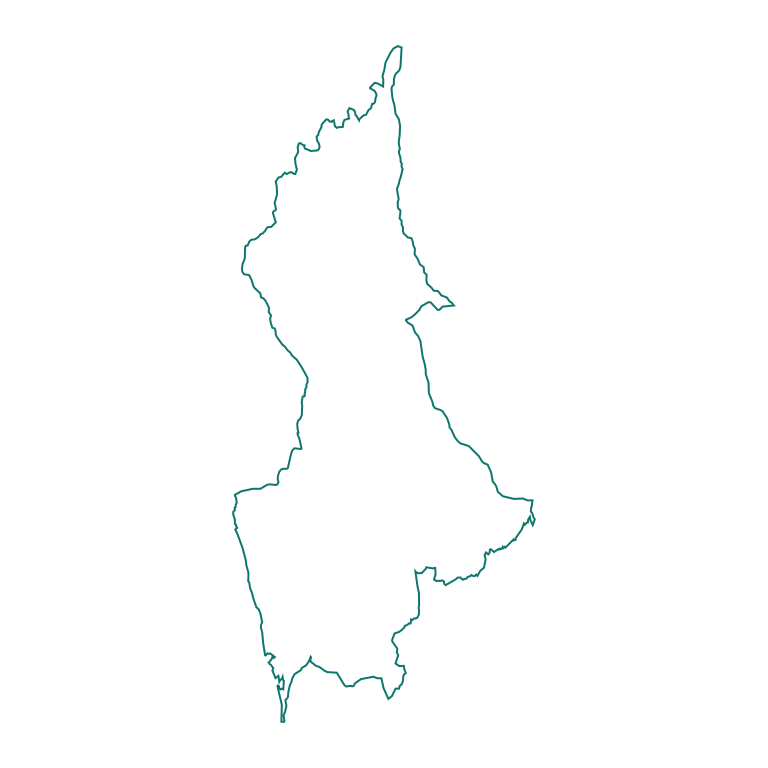 Copacabana, Antioquia, Colombia (Equal Earth projection)
{"feature_id": "7082276B76500841891057", "entity_name": "Copacabana", "entity_type": "district", "adm_level": 2, "iso_a3": "COL", "parent_name": "Colombia", "parent_adm1": "Antioquia", "projection": "equal_earth", "projection_center": [-75.502, 6.36], "detail": "fine", "context": "isolated", "style": "outline", "palette": "teal", "viewbox_px": 768, "rotation_deg": 0, "n_neighbors": 0, "source": "geoboundaries", "source_scale": "gbopen_adm2", "svg_char_len": 6101}
<svg xmlns="http://www.w3.org/2000/svg" viewBox="0 0 768 768"><path d="M532.5,500.3L527.7,500.4L522.9,498.5L513.8,498.9L502.8,496.2L497.9,491.9L496.3,486.4L494.6,483.6L492.8,481.8L491.1,472.2L487.7,464.7L484.1,463.2L482.1,461.5L478.9,456.2L468.8,446.1L460.3,443.3L457.6,440.9L454.9,437.4L451.5,430.0L449.5,427.3L449.3,424.5L447.0,418.0L442.8,411.6L441.1,410.3L434.9,408.1L433.2,405.5L432.3,401.6L428.9,393.2L428.5,382.6L425.8,374.4L425.7,369.4L424.6,363.6L422.7,356.9L420.4,341.0L418.0,335.9L415.0,332.4L412.8,326.2L411.9,325.1L408.2,323.0L405.9,320.4L406.1,319.7L411.6,317.2L415.4,314.0L419.3,310.0L421.4,306.2L428.4,302.2L430.7,302.4L437.2,309.4L438.7,310.0L439.6,309.7L442.6,306.6L453.9,305.5L451.8,302.8L449.6,301.4L446.8,297.5L441.1,295.3L439.3,292.5L437.5,290.9L433.7,290.7L431.4,287.6L427.3,284.0L426.4,280.6L426.6,274.7L424.1,272.3L423.7,267.2L420.0,264.5L417.5,258.6L414.6,254.4L414.9,248.6L413.2,245.1L412.9,242.3L411.9,239.2L411.1,238.0L407.9,237.5L403.6,233.3L403.0,231.2L403.0,227.3L401.6,224.7L401.6,220.7L399.6,218.5L400.5,211.3L400.0,210.0L398.5,208.7L397.9,207.4L397.7,202.3L398.7,199.1L396.9,189.0L398.9,183.6L399.5,180.2L400.5,177.9L402.6,169.3L401.5,166.2L401.8,163.7L400.7,161.9L400.4,157.3L399.3,154.3L398.8,151.5L399.9,149.1L398.9,144.1L398.8,141.0L399.6,136.1L400.1,125.7L398.8,119.1L395.5,113.6L394.5,105.6L392.5,98.4L391.5,89.2L392.0,86.6L393.8,84.6L393.9,79.5L394.7,76.0L395.8,73.8L399.4,70.2L400.5,66.6L401.6,47.5L397.8,46.1L393.5,48.5L390.4,52.8L385.5,62.7L384.3,69.9L382.5,76.3L383.3,79.6L383.1,86.5L377.8,83.5L374.6,82.8L370.0,87.7L370.1,88.3L374.6,90.9L376.3,93.9L376.5,95.8L375.7,97.6L374.9,102.3L373.6,103.7L372.2,103.8L370.9,108.2L368.4,110.2L366.0,114.8L363.7,115.3L359.5,119.1L359.1,120.4L356.5,115.9L355.6,115.3L355.0,111.8L354.0,110.0L349.4,108.1L347.6,111.6L348.5,114.2L348.7,117.6L349.1,118.5L344.4,120.0L343.3,122.6L342.8,126.9L337.9,127.3L336.8,127.9L335.0,126.3L333.8,120.2L332.1,121.1L331.6,122.0L329.5,121.4L328.2,119.8L326.4,119.3L322.2,123.9L321.4,125.8L321.4,127.3L318.9,131.9L318.1,135.2L316.6,136.6L317.0,140.4L318.7,143.1L319.6,146.6L319.0,148.9L317.7,150.4L311.0,151.0L304.9,148.5L304.3,147.3L304.5,145.3L302.7,144.9L300.5,143.1L298.9,143.5L297.7,147.2L298.2,152.0L295.0,158.1L295.4,163.4L296.9,169.7L295.3,174.0L293.9,173.9L291.2,172.1L289.0,172.7L286.9,174.1L284.8,172.7L281.1,176.9L278.5,177.5L275.7,181.5L276.7,186.1L277.1,194.5L274.6,202.9L276.0,209.2L275.7,210.0L273.4,211.5L272.9,213.0L275.8,222.3L271.2,226.9L267.4,227.3L264.9,231.1L262.6,233.5L260.7,234.1L258.3,237.1L254.7,239.4L251.5,239.7L249.3,241.5L247.6,245.6L245.8,245.7L245.1,247.5L244.8,258.6L242.6,264.0L241.9,269.0L242.5,272.1L244.2,274.3L249.1,275.1L251.5,279.8L253.4,286.0L254.4,287.8L260.3,293.3L261.1,297.5L263.3,298.3L265.2,300.3L267.7,304.9L269.0,308.0L268.7,312.1L271.1,315.5L270.1,318.4L270.6,322.3L272.3,327.7L274.8,328.5L275.6,331.4L275.7,334.3L276.7,336.7L282.2,344.4L285.1,346.9L287.6,350.3L290.4,352.7L291.8,355.3L297.0,360.0L301.7,367.3L307.5,377.8L307.5,382.6L306.5,384.4L306.4,387.3L305.2,389.3L305.1,392.8L304.5,393.8L304.8,395.5L304.4,396.4L302.7,396.5L301.9,401.2L301.7,402.7L302.2,405.7L301.8,415.3L299.8,419.3L298.2,420.4L297.2,423.8L297.6,429.1L298.5,432.9L297.5,433.2L297.7,434.6L299.5,439.1L301.5,448.6L300.7,449.0L294.5,448.3L292.4,450.3L291.1,453.8L287.8,468.2L286.5,468.9L283.9,468.7L281.3,469.4L279.4,471.5L278.0,475.7L277.7,478.5L278.4,482.0L278.0,483.3L277.0,484.5L276.2,485.0L269.5,484.3L267.0,484.9L260.4,488.8L252.8,488.8L241.2,491.3L234.9,494.9L235.2,496.4L236.1,498.0L236.7,502.7L235.7,504.9L235.6,507.1L234.6,507.7L235.0,509.8L233.3,511.7L233.2,514.6L234.9,519.6L234.9,524.0L236.1,524.8L236.3,526.8L237.2,527.9L235.3,529.4L237.8,535.0L242.6,548.2L245.7,559.8L246.3,565.1L248.5,573.0L248.2,581.1L249.3,582.7L250.1,588.3L252.0,592.9L253.4,598.8L256.4,607.2L258.8,609.5L260.4,613.6L262.2,622.1L260.9,625.2L260.9,627.2L262.2,632.4L263.2,643.3L265.1,655.3L265.8,655.4L267.4,653.4L268.9,653.9L270.1,653.4L274.8,657.0L273.8,658.0L272.2,657.4L271.8,658.8L268.7,662.6L269.3,662.9L269.7,664.2L270.9,664.8L273.3,668.2L272.4,670.5L275.5,678.1L278.4,675.9L279.3,681.8L280.2,680.1L282.0,678.6L282.6,676.9L283.2,680.4L283.9,681.0L283.3,689.4L281.4,688.7L280.4,689.4L278.8,687.9L279.2,687.0L279.0,686.2L277.9,685.5L277.5,686.3L281.8,704.7L281.4,721.7L284.1,721.9L284.4,720.9L283.6,715.4L285.2,711.4L286.4,705.9L285.4,700.0L287.0,698.6L287.9,697.0L288.5,691.2L289.9,685.2L291.5,681.7L292.1,678.9L294.5,674.2L300.9,670.1L301.7,668.1L306.3,665.2L309.2,660.7L310.7,656.8L311.0,657.2L310.4,659.5L310.6,661.6L316.0,665.8L319.6,667.1L324.7,670.8L327.3,672.1L336.8,672.7L344.3,685.0L346.2,686.5L351.0,685.8L352.1,686.4L353.8,685.8L354.9,683.4L361.1,679.1L373.4,676.7L377.0,678.2L381.4,678.3L383.6,688.2L388.4,698.9L391.9,696.1L395.6,688.6L399.0,688.7L399.7,686.0L401.8,684.1L403.1,680.3L403.2,676.6L404.0,674.5L405.8,673.0L404.3,669.2L403.8,665.9L399.4,666.1L395.5,663.5L398.2,655.3L396.8,652.3L397.3,649.6L397.1,648.3L392.3,641.6L392.1,640.0L394.6,633.4L399.4,631.8L402.6,629.3L404.5,627.2L404.8,625.8L407.5,624.8L408.9,623.4L410.5,623.5L411.1,621.2L411.0,619.5L412.3,620.0L414.4,618.3L415.4,618.6L417.1,617.9L418.8,614.8L419.1,610.7L418.6,607.5L419.1,605.4L418.9,592.7L417.5,586.3L415.4,571.3L416.8,572.8L418.5,573.3L421.8,573.0L425.8,568.8L426.3,567.3L432.8,568.4L435.2,567.9L435.6,574.1L434.0,579.5L436.4,581.1L438.0,580.7L440.4,581.0L442.0,580.3L443.9,581.4L444.3,584.0L445.7,585.1L455.8,579.3L457.4,577.7L460.4,577.5L462.3,579.4L463.2,579.7L464.1,578.9L466.1,578.8L467.9,576.8L470.1,576.3L471.3,575.0L473.6,576.2L475.0,575.8L476.3,574.6L477.4,575.9L480.4,570.6L484.0,567.7L485.6,559.4L484.6,555.0L486.1,552.4L488.2,554.4L489.5,552.9L489.9,549.7L490.8,549.2L494.0,552.0L499.0,548.8L499.5,548.7L499.5,549.4L502.1,548.6L502.7,547.1L503.2,548.1L504.5,546.8L505.3,547.7L513.3,539.7L513.5,540.5L515.5,540.0L515.4,538.6L521.8,529.4L523.9,523.5L524.8,524.8L526.7,522.7L527.8,522.6L528.2,519.4L529.9,516.9L530.3,520.0L532.8,525.1L534.8,519.4L533.5,517.4L532.3,513.1L530.9,511.6L531.0,507.8L531.6,507.2L532.5,500.3Z" fill="none" stroke="#0f766e" stroke-width="2"/></svg>